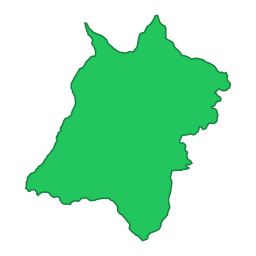 outline of Alvorada, Tocantins, Brazil
{"feature_id": "56859067B88530431125425", "entity_name": "Alvorada", "entity_type": "district", "adm_level": 2, "iso_a3": "BRA", "parent_name": "Brazil", "parent_adm1": "Tocantins", "projection": "orthographic", "projection_center": [-49.109, -12.409], "detail": "fine", "context": "isolated", "style": "filled", "palette": "green", "viewbox_px": 256, "rotation_deg": 0, "n_neighbors": 0, "source": "geoboundaries", "source_scale": "gbopen_adm2", "svg_char_len": 4316}
<svg xmlns="http://www.w3.org/2000/svg" viewBox="0 0 256 256"><path d="M221.7,72.1L220.3,72.6L218.7,72.0L217.6,71.1L216.2,68.5L214.3,66.1L211.2,64.2L209.0,63.0L206.0,62.1L204.7,61.0L203.6,60.0L200.7,59.2L197.3,58.4L194.8,58.3L192.9,58.9L191.2,59.2L189.7,58.0L187.9,57.0L185.1,55.9L183.4,55.8L181.6,55.1L180.4,52.6L179.0,51.4L177.8,50.1L176.6,49.0L174.8,47.3L174.0,45.4L173.4,43.5L172.4,42.2L169.8,40.7L167.3,39.5L165.8,38.2L165.9,35.1L165.6,33.8L165.9,31.1L165.7,27.8L165.0,26.3L162.7,25.0L161.4,24.1L160.4,23.2L159.3,20.8L157.6,15.4L155.3,15.7L152.9,20.8L152.0,22.1L150.7,23.8L149.2,25.2L147.1,26.5L145.7,29.4L145.1,30.7L144.3,32.5L142.1,33.0L140.4,33.5L139.6,34.8L138.7,38.2L138.1,42.0L137.7,43.7L137.5,45.2L136.9,47.4L134.7,49.8L133.4,52.0L131.1,51.7L129.6,51.6L127.1,52.6L125.2,53.2L122.8,52.7L119.5,52.1L118.0,51.4L115.3,49.6L114.1,48.8L111.3,46.2L109.0,44.3L107.7,42.7L107.1,41.0L106.4,39.5L103.5,37.1L101.9,35.8L100.5,35.3L96.6,33.8L94.8,32.9L93.3,32.2L92.2,31.1L90.3,29.4L89.2,28.2L88.2,26.5L86.8,23.6L84.9,23.0L85.3,24.8L85.6,26.9L86.4,28.8L86.6,30.7L87.5,31.9L88.3,34.9L90.2,36.0L90.9,37.4L92.0,38.3L92.7,40.2L91.9,42.6L92.1,44.2L93.8,46.4L94.7,48.4L95.2,50.2L95.7,52.1L95.7,54.2L94.8,56.3L92.8,56.2L91.2,56.7L90.2,57.7L88.9,59.1L87.5,60.8L86.2,61.8L84.1,65.8L82.9,67.4L79.3,69.1L78.5,70.8L76.3,74.8L75.2,76.3L73.5,79.5L71.9,82.4L71.3,83.9L71.1,87.5L71.8,89.3L72.7,90.5L72.4,92.4L73.5,93.4L74.0,94.8L75.0,97.1L75.3,100.3L75.6,101.9L75.2,105.2L74.4,106.8L73.6,108.6L72.5,110.4L71.8,112.7L71.4,114.5L70.4,115.7L67.4,118.1L65.3,118.5L63.8,120.9L63.1,123.2L62.4,125.2L61.4,126.2L60.3,128.9L61.2,130.7L59.4,131.8L58.1,133.2L57.9,135.2L56.6,136.4L56.3,137.8L57.3,139.7L56.6,141.4L55.2,143.9L54.5,145.8L53.7,148.3L52.7,149.5L51.2,151.5L49.4,154.2L47.3,155.8L46.9,157.5L45.3,159.3L44.0,161.2L43.2,162.9L41.3,164.9L38.5,166.5L37.7,168.3L36.3,169.2L35.7,170.6L34.4,172.2L32.8,173.0L31.4,173.3L30.1,174.3L29.0,175.9L27.4,177.6L27.4,180.2L26.3,182.4L26.4,185.9L25.7,188.2L27.7,189.8L28.5,191.2L30.0,191.2L31.2,189.8L33.4,189.7L35.1,190.1L36.0,191.3L37.2,192.2L36.7,193.9L37.9,195.4L40.8,192.8L43.6,192.1L47.0,192.2L49.0,192.8L50.3,194.9L52.4,196.6L53.9,197.4L56.0,196.7L57.5,196.7L59.6,197.8L60.2,200.4L61.4,202.0L62.4,203.3L64.3,204.1L65.9,204.1L67.4,204.0L70.5,204.2L71.5,202.4L73.4,201.2L75.7,200.7L77.6,201.2L79.2,200.9L80.8,199.0L82.7,198.1L84.7,197.9L86.7,197.9L88.6,199.5L89.9,200.4L91.9,200.6L95.0,200.2L96.6,199.4L99.2,199.0L101.1,198.4L102.6,198.4L104.6,198.3L106.1,198.5L107.3,198.1L109.2,198.6L110.7,200.1L112.3,200.5L114.3,202.2L116.0,204.2L117.1,205.8L117.7,207.2L117.7,209.9L117.9,211.3L119.0,212.7L120.6,214.2L122.1,214.9L123.5,216.6L125.4,218.5L127.3,221.3L129.0,222.9L130.0,224.5L129.6,226.5L129.2,228.3L130.2,229.9L131.1,230.9L133.3,232.8L135.8,235.0L138.0,235.9L142.5,240.6L146.7,239.3L147.8,238.0L147.7,236.3L149.5,233.5L150.8,232.8L152.2,232.4L155.9,230.8L158.3,229.7L159.6,228.4L160.6,226.5L161.1,223.1L162.5,220.3L164.6,218.3L166.0,216.6L167.5,214.8L167.8,212.2L168.6,210.2L169.7,207.9L169.6,205.9L168.6,202.5L168.6,198.3L169.3,195.4L170.3,193.8L170.6,191.2L170.9,189.6L171.1,187.2L171.6,184.8L171.8,182.7L171.6,180.9L170.3,177.9L170.7,176.0L171.8,170.8L174.1,170.4L177.3,170.2L179.7,170.3L181.5,170.2L183.9,169.2L186.2,169.3L189.0,168.0L187.2,166.8L185.6,165.7L186.5,164.1L188.3,164.9L190.0,164.4L191.9,163.3L190.8,161.2L189.2,160.0L187.7,159.1L187.2,157.1L186.6,155.8L186.9,154.2L187.6,152.2L185.1,150.3L185.0,148.4L185.8,146.5L185.3,144.9L184.1,143.7L182.9,142.9L181.4,143.1L180.0,142.7L179.5,141.0L180.9,138.3L181.7,135.7L183.8,134.9L185.3,135.1L186.9,134.8L189.2,134.3L191.2,133.7L192.8,134.8L195.1,134.3L196.6,132.5L198.0,131.8L198.6,130.1L199.4,126.9L201.2,126.9L202.8,129.5L204.6,129.0L206.2,128.1L207.1,126.0L209.1,123.0L210.8,123.1L212.3,123.5L213.7,123.4L215.4,122.6L216.5,121.7L217.1,120.3L217.1,118.4L217.9,114.7L217.1,113.7L217.1,112.1L216.7,110.5L215.3,109.0L212.5,108.3L211.4,107.2L212.9,106.4L214.3,105.9L215.4,104.0L216.1,102.7L217.2,101.6L220.6,100.7L220.9,98.7L220.0,97.0L217.7,95.7L216.1,93.5L214.7,92.8L216.2,91.4L217.4,90.1L218.8,88.9L220.1,89.5L223.0,90.8L226.4,90.4L227.5,89.0L229.0,88.3L230.0,86.6L230.3,83.9L229.5,82.7L227.8,80.8L227.3,79.2L226.9,77.5L227.5,75.6L226.6,74.3L226.1,72.6L224.3,73.3L221.7,72.1Z" fill="#22c55e" stroke="#15803d" stroke-width="1.5"/></svg>